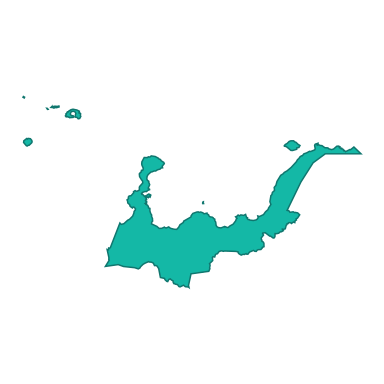 outline of Talasea District, West New Britain, Papua New Guinea
{"feature_id": "67681753B12348367774956", "entity_name": "Talasea District", "entity_type": "district", "adm_level": 2, "iso_a3": "PNG", "parent_name": "Papua New Guinea", "parent_adm1": "West New Britain", "projection": "albers", "projection_center": [150.421, -5.275], "detail": "fine", "context": "isolated", "style": "filled", "palette": "teal", "viewbox_px": 384, "rotation_deg": 0, "n_neighbors": 0, "source": "geoboundaries", "source_scale": "gbopen_adm2", "svg_char_len": 6058}
<svg xmlns="http://www.w3.org/2000/svg" viewBox="0 0 384 384"><path d="M353.9,147.0L350.6,149.7L349.9,149.5L345.5,151.7L344.6,150.6L343.8,150.8L343.6,150.5L344.0,150.3L342.7,149.0L342.0,149.0L341.7,148.3L341.1,148.7L340.8,148.1L339.5,147.8L339.3,147.3L339.8,147.3L340.0,146.8L338.6,146.1L336.8,146.2L333.5,149.1L331.5,149.6L328.8,148.8L327.9,147.9L324.9,147.7L321.9,145.6L319.8,145.4L318.8,144.8L317.3,145.2L316.1,143.8L315.0,144.4L314.6,145.6L315.2,148.5L314.7,149.9L310.6,151.5L309.5,151.3L306.6,152.9L303.9,153.8L302.3,155.8L301.5,155.8L300.0,156.8L298.6,158.9L297.6,159.5L296.4,161.7L291.2,167.4L287.0,170.9L284.3,172.4L283.0,173.9L280.7,175.3L277.0,181.4L275.9,185.4L274.2,187.4L274.5,190.5L272.4,192.4L271.9,194.6L270.9,195.6L269.9,201.7L270.9,204.5L268.5,208.1L268.1,209.5L265.5,211.8L263.5,214.6L259.5,216.5L257.8,216.0L258.2,217.6L257.2,219.2L255.9,220.0L253.3,220.5L249.8,220.1L248.9,219.4L248.2,219.6L247.2,218.5L247.5,217.7L246.5,217.3L245.6,214.4L243.7,215.4L240.8,214.9L239.5,215.8L238.1,215.0L237.1,216.1L235.6,216.8L237.0,218.3L236.4,218.8L235.6,220.9L233.1,224.2L229.8,226.0L228.3,227.4L227.2,227.5L225.4,226.7L224.9,227.0L224.6,226.5L221.0,227.9L218.5,227.6L217.0,226.8L216.1,225.4L215.7,222.0L214.8,220.7L214.8,219.2L213.6,218.5L213.3,217.9L212.1,217.1L210.6,217.0L209.6,216.5L208.7,215.6L208.6,214.8L207.2,214.0L207.0,213.1L204.0,213.8L202.9,212.8L200.7,212.0L199.1,212.4L198.4,211.9L196.9,212.0L192.9,213.4L191.2,215.6L190.9,217.0L183.7,221.1L183.3,222.5L180.0,224.7L178.7,227.2L176.7,229.4L174.0,229.2L170.5,228.3L168.7,226.9L166.2,228.0L165.1,227.7L164.4,227.1L161.9,228.3L159.1,228.4L156.9,226.4L151.5,223.9L151.8,222.0L152.7,221.0L152.4,219.8L152.6,219.0L151.5,216.1L151.7,215.1L150.7,213.5L149.9,211.0L149.9,208.4L148.5,207.9L148.3,206.4L147.5,205.2L145.8,204.3L145.9,203.9L146.5,204.1L146.5,203.6L145.3,203.3L146.8,202.1L146.6,201.3L146.0,201.4L145.5,200.6L145.8,199.8L146.6,199.4L146.3,198.2L145.5,197.7L145.2,195.9L144.3,196.2L142.6,194.3L141.8,194.3L141.5,193.6L142.5,192.4L145.0,191.5L146.5,191.6L147.8,190.4L149.6,189.7L149.5,189.1L148.4,188.7L148.2,188.1L149.7,184.7L148.7,182.1L148.8,181.3L147.4,180.3L146.8,179.0L147.1,176.4L148.1,174.6L151.0,172.0L152.0,171.9L154.1,171.0L155.7,171.0L157.5,169.8L160.1,169.1L161.1,168.0L162.6,167.8L162.2,166.2L164.3,163.7L163.8,162.4L161.1,160.7L160.5,159.5L159.2,159.1L158.4,158.2L155.2,156.5L151.2,155.9L150.2,156.8L149.1,157.1L148.3,156.8L147.3,157.6L144.2,157.5L141.9,161.8L141.7,164.0L142.0,165.4L143.2,168.0L143.1,169.5L142.6,170.4L141.5,170.3L141.0,172.2L139.8,173.1L139.3,173.9L139.6,176.7L141.6,180.0L142.4,180.6L142.8,182.9L139.6,186.5L139.3,187.5L139.4,190.0L137.2,191.2L136.1,191.2L135.1,190.6L133.5,191.7L133.7,192.7L131.1,195.7L129.1,196.0L128.3,197.1L128.5,198.6L127.0,199.9L127.5,200.8L127.8,203.0L129.6,204.6L130.2,206.4L132.4,208.0L133.1,207.0L133.9,207.1L135.5,208.7L135.2,210.1L134.1,211.4L133.9,213.0L132.7,216.1L129.5,219.3L127.7,220.2L123.9,223.7L121.2,224.4L119.9,223.0L110.4,247.5L109.6,248.2L108.7,248.0L108.7,249.0L108.0,249.3L108.3,249.9L107.6,250.2L107.2,249.9L108.9,257.7L108.8,259.7L109.2,260.2L105.4,266.4L118.2,264.6L123.5,266.5L134.7,267.7L138.3,268.9L139.9,268.0L140.6,266.7L143.1,264.3L145.0,263.2L148.6,261.6L149.1,262.0L151.6,262.2L153.4,263.2L154.5,265.6L155.8,265.5L157.0,266.0L158.7,268.6L160.4,277.5L164.5,278.4L165.0,279.7L166.8,281.4L167.7,281.6L168.9,279.4L170.3,278.9L171.4,280.0L173.1,280.9L173.2,282.4L173.8,283.6L174.6,283.5L175.1,284.1L177.5,284.6L178.9,286.5L180.0,286.9L183.6,285.2L185.3,286.7L188.3,287.0L189.0,287.5L188.5,285.5L191.0,273.8L208.8,271.3L209.9,268.7L209.6,268.0L210.1,265.1L209.5,263.7L212.7,260.6L212.4,257.4L213.0,256.7L214.7,257.0L215.4,254.7L216.4,253.9L217.4,253.8L219.1,251.5L221.3,250.8L223.5,251.3L224.6,251.0L235.7,251.4L238.0,251.8L238.2,252.8L239.0,253.8L241.2,255.1L243.1,254.3L244.4,254.5L246.1,253.6L246.7,254.2L247.9,254.2L249.5,252.1L253.5,250.4L254.8,251.3L256.3,251.4L257.1,250.2L258.1,249.7L260.9,249.5L262.2,248.1L262.3,247.4L264.0,246.7L263.9,243.2L263.2,242.0L261.8,241.1L261.9,240.2L261.3,239.1L261.3,237.9L263.5,235.1L262.6,233.5L262.7,233.1L265.2,232.7L269.7,236.1L270.5,236.1L273.1,238.0L274.0,238.0L274.9,236.8L275.1,233.6L276.6,233.7L278.7,233.2L280.3,231.8L281.4,231.8L283.3,230.7L282.4,229.8L282.4,229.1L283.3,229.4L285.3,228.8L286.2,225.2L286.9,224.7L287.1,223.7L288.1,223.6L288.5,222.8L289.2,222.6L290.8,222.8L291.4,223.5L293.5,222.0L294.8,222.6L295.1,220.8L296.4,220.0L296.1,218.9L297.5,218.1L299.7,214.8L297.7,212.9L295.3,212.4L294.6,212.6L293.2,211.8L290.0,212.3L288.8,210.7L287.1,210.4L300.9,182.0L313.1,162.8L325.3,153.8L361.0,153.8L353.9,147.0ZM293.7,140.8L290.9,140.8L289.2,141.4L287.0,143.6L285.4,144.4L284.3,145.6L284.4,146.2L286.3,146.6L290.9,150.4L292.6,150.5L296.7,149.3L296.8,147.9L298.9,147.5L300.0,145.5L297.9,144.2L296.1,142.4L294.4,141.7L293.7,140.8ZM76.9,110.0L73.0,109.2L71.0,109.7L68.7,111.1L68.4,111.8L67.4,111.8L66.5,113.5L65.8,114.0L66.2,114.9L65.4,115.9L66.2,116.9L67.6,116.5L68.1,117.1L69.2,117.2L69.6,117.7L73.2,117.4L73.6,116.6L73.1,115.7L71.4,115.6L70.4,114.4L70.3,113.8L71.3,111.6L73.8,111.3L75.2,112.1L75.9,113.6L75.4,114.8L75.1,117.1L77.0,117.4L78.2,118.8L79.7,118.5L80.8,116.4L80.4,115.6L80.6,113.7L79.0,112.9L79.6,112.4L79.1,111.7L79.3,111.2L76.9,110.0ZM30.4,138.7L28.1,138.4L27.5,139.1L26.7,138.5L23.8,140.8L23.6,142.5L26.4,145.8L27.3,146.0L28.3,145.3L29.2,145.2L31.7,142.8L32.1,141.9L31.8,140.4L30.4,138.7ZM149.4,194.7L148.9,194.0L147.2,194.9L146.5,196.0L147.0,197.0L148.4,197.7L149.3,196.4L150.1,197.1L150.8,195.1L150.1,194.6L149.4,194.7ZM59.1,106.9L58.9,106.0L57.3,106.4L54.9,106.2L53.3,106.5L52.4,107.1L52.7,107.6L53.9,108.1L55.7,107.4L56.2,107.7L57.7,107.4L59.1,106.9ZM24.2,98.0L24.6,97.2L23.4,96.5L23.0,97.3L24.2,98.0ZM317.0,144.6L318.1,144.2L318.0,143.2L316.7,143.9L317.0,144.6ZM203.0,203.2L203.4,202.2L203.4,201.8L202.8,202.1L202.6,203.2L202.9,203.7L203.4,203.6L203.0,203.2ZM48.1,109.3L47.4,108.4L46.8,108.3L47.5,109.4L48.1,109.3ZM51.6,107.2L51.7,106.7L51.0,107.4L52.2,107.5L51.6,107.2Z" fill="#14b8a6" stroke="#0f766e" stroke-width="1.5"/></svg>